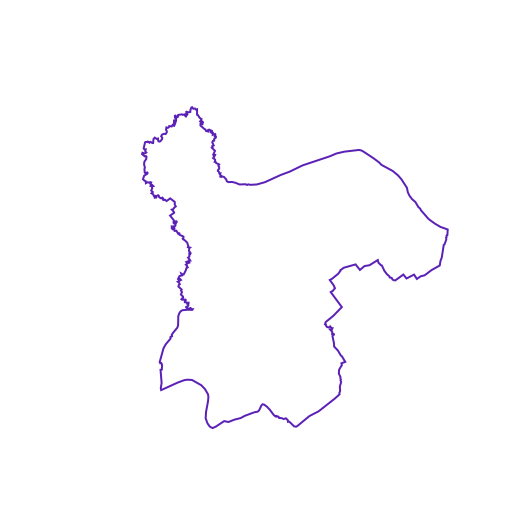 outline of Si Narong, Surin, Thailand, rotated 318°
{"feature_id": "78962969B85026049699572", "entity_name": "Si Narong", "entity_type": "district", "adm_level": 2, "iso_a3": "THA", "parent_name": "Thailand", "parent_adm1": "Surin", "projection": "robinson", "projection_center": [103.876, 14.794], "detail": "fine", "context": "isolated", "style": "outline", "palette": "violet", "viewbox_px": 512, "rotation_deg": 318, "n_neighbors": 0, "source": "geoboundaries", "source_scale": "gbopen_adm2", "svg_char_len": 6141}
<svg xmlns="http://www.w3.org/2000/svg" viewBox="0 0 512 512"><g transform="rotate(318 256 256)"><path d="M409.4,328.2L410.6,322.5L410.0,318.2L410.4,313.9L411.5,310.2L413.8,306.3L415.4,296.4L415.5,291.3L414.5,284.3L410.2,272.2L410.1,268.9L408.8,262.2L405.8,250.7L404.9,248.0L403.5,246.1L391.5,237.6L384.3,233.6L377.8,231.4L351.2,219.8L337.6,215.9L328.8,212.4L312.0,207.1L304.5,203.4L299.5,199.4L298.2,197.6L296.9,197.2L296.2,195.6L291.7,191.9L289.7,187.8L287.7,184.9L285.0,182.7L284.3,181.0L285.1,179.3L285.1,175.8L284.1,174.2L282.9,173.9L282.6,173.2L283.8,172.8L283.7,171.2L284.9,170.7L284.2,169.9L284.7,168.9L284.6,167.2L285.5,166.6L287.0,166.5L288.1,165.3L288.4,163.8L289.9,163.3L288.6,160.4L288.9,159.4L288.3,158.4L289.3,158.0L290.1,156.8L289.7,154.6L290.4,154.7L291.8,153.2L292.3,153.3L292.3,153.9L293.3,153.5L292.2,152.0L295.9,150.4L295.6,146.1L296.3,146.3L296.9,145.1L298.5,145.6L299.6,142.2L301.0,141.7L302.1,142.3L303.1,141.1L305.5,141.1L306.1,140.4L305.4,139.5L307.2,138.4L307.2,137.9L304.9,137.0L306.3,135.6L305.3,134.6L305.3,133.3L305.7,133.2L306.3,134.5L307.0,133.7L305.7,130.7L304.8,130.3L303.8,131.5L302.5,129.7L303.1,128.2L302.7,127.4L302.0,121.9L303.2,120.6L303.8,120.7L304.4,122.2L306.1,121.1L306.0,119.8L304.9,119.9L304.5,118.7L307.1,117.8L306.6,115.7L307.1,112.4L306.7,111.6L310.4,107.5L309.3,107.0L309.3,105.5L307.9,104.6L308.1,102.7L307.4,102.4L305.0,103.6L303.5,105.0L301.9,104.0L300.9,102.3L300.5,102.3L299.8,104.8L297.3,105.4L297.2,104.2L298.5,103.4L296.0,102.1L295.8,101.2L292.5,99.1L291.9,99.2L291.3,100.3L290.3,100.1L289.6,98.8L290.0,97.8L289.5,97.6L288.3,99.0L288.7,100.3L286.8,102.3L286.0,102.3L286.1,100.6L285.8,100.4L284.2,102.2L284.4,102.7L285.2,102.5L285.1,103.2L282.3,104.5L281.8,103.8L283.3,102.8L280.9,102.9L280.0,103.3L278.5,101.4L277.8,101.9L276.2,101.8L275.5,100.5L273.6,102.0L273.2,103.6L272.4,104.4L270.4,104.9L269.5,103.7L267.4,102.9L265.6,103.6L265.5,105.3L264.5,106.3L261.5,106.7L260.6,106.2L260.3,105.2L261.7,103.1L260.5,102.5L260.0,100.3L258.1,100.5L255.1,103.2L254.5,102.5L254.0,100.7L252.6,100.5L252.8,99.7L252.2,98.6L251.5,98.7L250.5,97.5L249.6,97.3L244.5,100.9L244.4,102.1L245.4,102.9L243.9,103.9L243.7,105.7L241.9,105.3L240.7,103.3L239.5,104.1L240.1,107.7L241.1,108.1L241.0,109.0L239.3,110.5L236.2,111.2L234.2,112.9L232.6,115.9L231.3,116.7L229.1,119.6L229.2,120.3L231.1,121.2L231.0,121.8L230.3,122.1L226.6,121.5L223.4,123.3L223.5,125.2L224.1,126.7L222.9,128.2L224.9,128.7L225.4,129.7L226.9,130.4L227.3,131.2L225.8,131.7L226.1,133.0L224.5,133.4L224.9,134.2L226.4,134.3L226.5,135.4L225.0,134.8L224.2,136.2L221.9,137.3L222.1,139.4L220.3,139.5L220.9,141.3L220.3,142.8L221.5,144.1L220.0,144.4L219.7,144.9L220.7,145.7L221.2,145.7L221.7,144.8L223.9,145.3L224.1,146.1L223.4,147.4L223.9,149.4L225.5,150.0L225.4,151.3L224.7,151.5L224.6,152.5L226.0,153.3L226.3,155.3L230.8,155.8L231.8,161.5L230.2,163.2L229.5,165.5L227.8,165.3L225.8,165.8L224.5,165.2L224.5,168.4L224.1,169.1L219.2,168.5L218.7,176.1L220.1,177.0L219.9,177.6L218.2,178.1L217.9,176.4L217.3,175.8L216.8,176.6L217.4,178.6L216.3,179.6L215.5,179.6L214.6,178.8L213.9,180.6L212.9,179.7L212.8,178.1L212.0,179.0L211.9,180.3L213.0,181.5L212.3,182.9L213.7,183.9L213.1,187.4L214.0,187.5L214.2,188.0L213.4,189.2L215.1,192.9L214.4,193.9L213.2,194.0L213.0,194.4L213.6,196.8L213.8,200.0L212.3,203.4L211.3,203.9L212.5,205.6L211.6,205.6L209.6,207.3L209.3,210.2L208.8,210.4L208.8,209.5L208.3,209.3L206.1,211.8L204.4,211.8L204.4,214.2L203.7,214.4L203.8,215.1L203.0,214.5L202.1,216.4L201.4,216.1L201.1,214.1L200.2,213.8L200.2,215.1L199.8,215.6L198.1,215.5L198.3,216.9L197.7,217.4L197.7,218.7L196.0,218.5L194.4,219.6L190.0,221.3L189.3,221.0L188.7,219.1L188.0,220.9L185.6,219.7L182.6,221.0L182.8,222.0L184.2,222.2L184.2,223.6L180.7,222.8L181.0,224.0L180.5,226.0L179.2,225.9L177.9,226.8L178.3,231.2L177.1,231.6L176.8,233.3L174.4,234.4L174.6,237.2L174.3,237.9L173.5,238.4L172.3,238.0L171.6,238.3L171.9,239.1L174.4,241.2L174.3,241.8L172.7,242.1L172.2,242.7L173.5,244.2L173.4,244.9L174.6,245.6L174.2,246.1L172.9,245.8L173.0,247.1L172.6,247.5L171.7,247.7L170.1,247.1L169.7,247.5L170.3,249.9L172.5,250.8L172.8,252.6L173.4,253.2L172.6,253.4L169.5,250.4L165.0,247.0L162.7,246.7L160.5,247.3L158.0,248.7L151.7,255.4L149.6,256.6L142.9,257.6L140.6,258.2L140.0,259.4L138.1,259.0L137.2,260.2L129.9,261.2L125.5,262.7L113.4,270.4L113.1,271.7L114.0,272.1L113.4,274.0L110.0,277.4L108.9,276.7L100.9,287.2L96.7,290.6L95.8,292.2L113.5,297.8L119.4,300.2L122.0,301.8L125.5,305.3L128.9,315.5L129.0,320.9L127.8,326.7L126.2,329.0L123.2,331.8L114.6,338.4L110.0,342.9L108.0,347.8L107.6,350.7L107.6,352.3L108.6,354.8L111.9,355.9L121.9,357.4L124.4,360.9L130.3,363.1L136.2,366.2L140.5,367.2L149.9,370.9L153.1,372.8L155.0,372.8L159.9,370.7L161.7,370.6L162.6,371.9L163.3,375.3L163.4,379.4L162.8,386.2L163.2,388.5L163.6,388.9L163.9,388.3L164.4,388.9L164.3,389.4L165.2,390.5L164.8,391.8L166.5,393.6L167.5,395.7L169.6,396.6L169.8,399.1L168.9,400.6L169.6,400.8L170.0,402.5L170.3,408.0L171.5,409.6L172.6,410.0L188.7,410.7L198.5,413.3L219.1,414.7L225.6,414.7L226.2,413.6L228.2,412.6L230.9,409.2L235.1,406.5L235.5,405.1L236.5,404.5L236.7,403.6L237.7,402.6L238.9,398.8L241.7,396.1L246.9,394.5L247.7,392.9L251.5,394.4L252.7,388.2L252.5,386.4L253.6,381.3L253.5,375.5L255.4,373.3L259.1,366.9L260.4,366.2L261.2,366.6L261.6,366.2L261.4,365.6L260.2,365.7L260.1,365.3L261.9,363.3L261.9,360.5L263.0,361.5L264.5,360.8L263.9,360.2L264.0,358.0L262.9,358.3L261.3,356.5L261.3,355.1L262.1,353.5L261.6,352.9L263.6,351.7L273.5,352.2L285.6,351.4L287.4,332.8L289.7,333.3L293.1,332.8L294.1,329.7L294.8,323.2L297.3,323.8L305.2,324.2L308.8,323.5L309.1,323.0L313.5,323.5L324.4,328.9L323.9,335.9L329.9,336.1L334.2,338.8L343.8,340.5L342.5,342.8L342.7,346.3L343.2,347.3L341.5,352.8L341.1,357.3L341.5,360.4L341.0,361.5L342.2,363.0L341.7,364.8L342.2,366.2L343.1,367.3L353.1,368.4L352.8,373.4L361.0,375.6L360.2,380.7L364.9,381.3L368.4,383.2L376.8,383.9L386.2,386.0L389.8,383.1L393.1,381.4L402.9,373.4L403.9,373.5L408.4,371.1L409.5,369.6L410.1,369.6L411.3,368.3L412.2,368.5L416.2,364.6L412.5,357.7L410.7,352.0L409.3,345.6L409.0,343.6L409.2,332.3L409.7,330.7L409.4,328.2Z" fill="none" stroke="#5b21b6" stroke-width="2"/></g></svg>